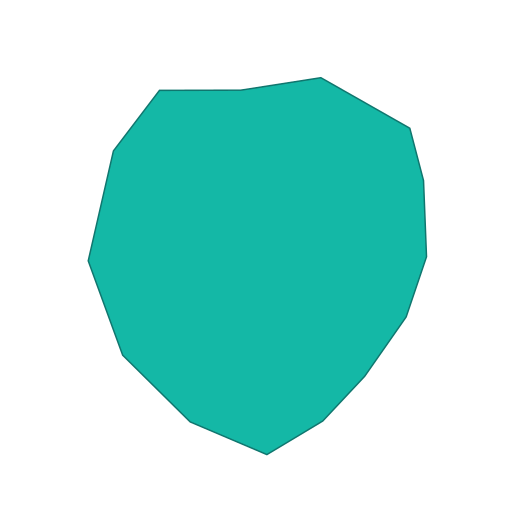 outline of Ariwara, Orientale, Democratic Republic of the Congo, rotated 15°
{"feature_id": "63176286B55306571020797", "entity_name": "Ariwara", "entity_type": "district", "adm_level": 2, "iso_a3": "COD", "parent_name": "Democratic Republic of the Congo", "parent_adm1": "Orientale", "projection": "robinson", "projection_center": [30.708, 3.137], "detail": "fine", "context": "isolated", "style": "filled", "palette": "teal", "viewbox_px": 512, "rotation_deg": 15, "n_neighbors": 0, "source": "geoboundaries", "source_scale": "gbopen_adm2", "svg_char_len": 344}
<svg xmlns="http://www.w3.org/2000/svg" viewBox="0 0 512 512"><g transform="rotate(15 256 256)"><path d="M198.3,99.8L119.9,121.0L91.1,191.4L95.2,304.1L152.9,386.3L235.4,433.3L317.9,445.0L363.2,398.1L392.1,344.1L416.8,276.0L420.9,212.6L398.3,139.8L371.5,92.8L272.5,67.0L198.3,99.8Z" fill="#14b8a6" stroke="#0f766e" stroke-width="1.5"/></g></svg>